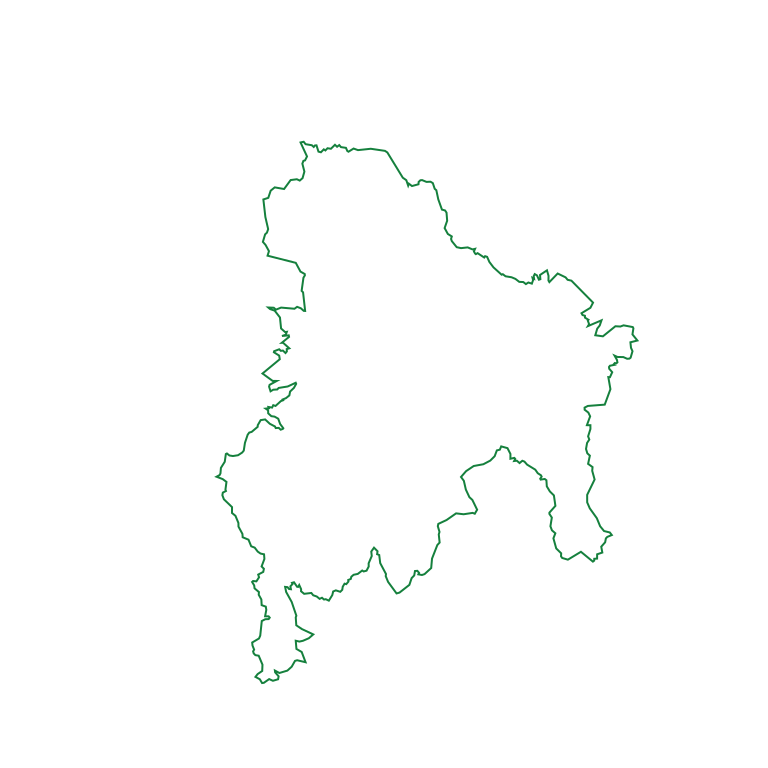 the district of Tetela de Ocampo, Puebla, Mexico, rotated 153°
{"feature_id": "50627088B39259384142241", "entity_name": "Tetela de Ocampo", "entity_type": "district", "adm_level": 2, "iso_a3": "MEX", "parent_name": "Mexico", "parent_adm1": "Puebla", "projection": "natural_earth1", "projection_center": [-97.768, 19.812], "detail": "fine", "context": "isolated", "style": "outline", "palette": "green", "viewbox_px": 768, "rotation_deg": 153, "n_neighbors": 0, "source": "geoboundaries", "source_scale": "gbopen_adm2", "svg_char_len": 6166}
<svg xmlns="http://www.w3.org/2000/svg" viewBox="0 0 768 768"><g transform="rotate(153 384 384)"><path d="M250.7,543.1L254.4,544.8L257.5,548.4L259.1,549.0L261.4,548.3L262.6,546.3L269.2,547.7L270.9,551.2L272.4,549.8L271.6,555.5L273.6,559.3L275.9,588.8L277.3,591.3L289.0,599.6L301.0,604.2L304.2,607.6L310.2,607.1L310.9,608.3L310.7,611.7L314.8,614.6L315.4,617.2L318.1,616.7L319.1,619.4L324.5,617.7L327.3,619.7L330.2,618.7L331.1,620.4L335.0,619.1L336.9,620.8L335.8,627.3L337.2,627.9L339.0,627.1L339.9,629.5L345.0,633.3L345.6,636.3L348.7,637.1L349.3,621.7L352.8,619.1L354.5,619.4L356.7,617.4L358.5,609.4L363.1,604.4L366.7,603.5L368.7,606.0L374.6,608.1L384.5,603.1L392.1,608.8L397.2,607.7L402.6,602.4L407.7,603.2L413.9,586.6L416.9,574.6L419.6,572.0L422.0,571.3L427.4,565.6L426.4,561.7L426.2,554.6L429.5,551.2L407.6,532.0L407.4,522.1L404.7,518.0L405.2,516.7L407.5,515.3L415.1,504.4L414.5,502.4L421.1,484.9L422.3,485.6L423.7,489.2L426.4,492.2L429.6,491.7L441.0,498.8L446.5,499.3L447.6,502.0L452.4,504.7L451.5,502.5L448.1,499.0L446.5,490.5L450.5,480.2L448.5,475.1L446.9,474.6L449.2,472.5L453.1,473.1L446.8,470.6L447.2,469.1L456.4,467.1L455.2,466.5L452.2,458.8L454.8,459.3L455.8,457.1L457.7,456.3L458.9,459.7L460.9,460.4L461.6,462.5L467.0,463.1L467.7,462.3L464.5,456.9L465.6,453.4L487.5,448.5L481.8,437.3L478.2,435.4L486.3,435.2L487.6,433.8L488.4,429.0L485.3,429.2L481.6,427.6L479.6,428.3L470.9,425.5L462.1,425.2L462.2,424.0L466.1,421.4L471.1,419.9L473.5,416.8L477.8,415.9L481.4,416.2L481.3,415.3L483.6,415.6L490.6,413.7L492.3,415.4L494.4,413.8L497.4,416.0L497.6,414.7L500.6,415.8L499.2,413.2L500.5,410.4L499.0,406.5L496.3,404.6L494.0,401.1L494.7,395.5L493.8,390.3L494.6,389.9L496.8,390.2L497.7,392.7L500.5,393.9L500.4,395.6L503.8,400.4L506.0,406.4L510.3,407.8L515.2,404.6L516.0,403.2L523.7,401.4L526.1,401.9L528.5,400.7L534.6,394.7L539.2,388.3L541.5,387.3L546.4,386.8L551.3,388.4L554.2,390.5L555.5,393.4L556.7,393.4L561.2,387.0L567.4,383.3L570.3,378.6L571.8,377.5L575.3,377.4L570.9,372.5L568.8,368.3L573.2,361.9L573.4,360.4L576.9,360.4L578.5,358.3L579.0,354.0L575.3,343.3L578.0,338.1L576.2,334.0L576.8,326.3L578.4,323.0L578.2,314.7L579.5,311.6L575.4,306.8L576.0,299.7L573.5,296.9L572.6,292.0L571.0,289.0L568.2,286.7L570.0,282.4L575.9,277.0L574.9,273.9L576.9,271.4L582.6,271.3L583.1,268.5L587.3,266.1L590.1,267.9L591.4,267.5L591.1,263.5L592.1,260.7L589.9,255.4L591.3,253.1L591.1,247.7L593.4,242.5L590.4,239.3L591.4,236.2L595.4,231.0L592.3,229.4L591.9,227.7L593.5,226.9L596.5,228.3L600.5,228.3L608.5,216.0L610.9,214.0L618.8,213.5L619.9,210.7L620.3,206.3L622.0,205.2L622.4,203.1L621.7,200.8L619.0,198.8L619.7,189.1L622.8,183.6L628.3,182.9L631.5,181.4L628.7,177.3L628.4,172.9L626.7,172.3L620.3,173.2L617.7,170.0L612.4,169.0L610.6,171.4L611.9,176.5L611.3,178.2L608.4,174.0L600.2,172.5L594.6,174.0L589.0,177.7L586.8,177.3L580.2,171.7L579.0,182.6L582.3,187.7L579.2,195.3L576.3,192.9L572.8,192.0L566.4,191.6L560.7,193.0L568.4,202.9L571.7,208.8L568.6,216.1L567.3,217.3L565.2,231.7L565.6,243.1L564.2,248.1L562.2,246.8L561.7,244.5L560.1,243.4L559.3,246.2L556.3,247.3L556.3,248.6L554.2,248.2L553.5,242.8L552.6,242.2L550.8,243.4L551.0,238.8L552.0,237.0L550.4,233.3L543.6,230.8L543.0,227.9L540.4,225.2L538.9,221.8L536.3,221.7L535.3,219.2L533.6,218.7L531.5,216.0L525.9,219.4L523.5,222.2L520.6,222.0L517.3,218.7L514.6,219.6L512.8,222.1L509.8,224.0L508.5,222.8L505.4,224.1L504.9,225.6L502.1,225.4L500.6,227.1L497.7,227.8L493.6,226.7L488.1,227.7L487.2,226.2L484.3,225.6L480.5,228.3L479.1,231.2L473.0,236.3L471.4,240.5L467.2,242.7L465.7,237.9L467.4,235.5L465.9,233.8L468.7,226.1L468.5,213.8L469.7,212.0L470.2,205.8L467.9,191.7L464.9,191.1L452.6,193.5L447.5,198.5L444.0,199.7L441.3,203.3L439.1,202.4L438.5,199.8L439.8,198.8L436.9,196.6L434.2,196.2L425.5,198.6L420.5,206.6L409.6,216.3L406.4,217.5L403.5,225.1L401.7,227.0L400.6,232.9L399.1,234.7L390.0,234.4L378.5,236.0L372.2,231.8L363.5,228.9L362.0,227.2L358.1,229.7L357.9,240.6L359.3,244.4L359.0,252.8L356.8,261.5L357.6,266.2L350.4,269.1L341.3,270.2L331.9,267.4L324.1,267.5L318.2,269.4L313.6,273.6L310.6,272.9L307.9,275.2L303.1,270.8L303.1,264.3L305.3,260.0L301.4,259.0L301.1,257.7L303.0,256.3L300.5,255.4L299.1,252.0L295.6,252.8L294.1,251.1L293.1,247.2L288.1,239.0L287.5,234.7L285.6,231.4L285.6,229.9L287.8,228.7L287.8,227.7L283.9,226.4L283.0,224.5L285.4,218.9L285.0,213.0L283.2,207.6L286.6,197.6L295.0,194.3L295.6,193.2L295.1,188.8L300.3,181.7L300.8,177.4L299.1,173.2L303.1,169.6L305.2,159.3L303.0,152.7L304.5,150.1L304.2,148.1L299.9,144.0L284.7,145.1L278.5,130.9L276.9,131.2L276.0,132.8L273.4,131.7L271.4,135.5L266.0,134.7L264.3,140.4L258.8,142.6L256.4,145.7L254.4,146.4L249.6,146.0L250.2,149.2L254.7,153.1L256.0,159.1L255.3,167.8L257.1,179.8L256.7,186.3L253.3,193.0L239.7,203.3L237.9,212.1L235.9,215.3L238.4,220.2L233.1,226.7L234.3,229.9L233.5,234.4L229.8,239.3L226.3,241.3L225.9,244.7L220.5,250.2L218.8,253.6L221.9,255.2L215.0,261.6L214.9,265.8L216.9,270.0L216.0,271.9L212.3,271.9L196.7,265.4L184.6,276.6L181.0,288.3L179.6,287.5L175.3,290.9L176.4,295.3L175.8,297.0L174.4,297.7L170.2,296.5L170.6,297.2L168.8,297.9L167.7,296.9L166.2,297.3L165.5,299.7L165.7,304.6L163.7,302.1L158.5,299.3L155.9,296.1L153.8,295.2L152.3,295.5L147.7,300.4L147.5,304.1L145.5,309.3L138.5,307.7L140.1,315.4L136.5,320.4L136.5,321.8L143.9,327.5L147.3,327.9L151.6,330.4L167.3,327.1L173.6,331.5L168.9,336.5L165.2,338.2L161.3,342.0L176.0,343.0L174.1,344.2L173.6,348.1L172.7,348.4L174.8,351.9L174.0,353.6L175.8,355.3L175.9,357.4L165.5,358.2L160.8,361.6L170.1,391.0L173.1,393.5L173.8,396.6L179.1,403.6L190.4,399.7L190.5,401.5L188.3,405.7L187.2,411.3L195.5,410.3L197.1,406.4L198.6,406.6L198.4,411.3L199.8,413.5L201.7,412.1L202.5,409.6L203.5,411.1L204.0,408.9L206.7,406.3L209.3,408.9L212.2,408.6L213.6,411.6L217.1,413.6L219.2,418.0L221.9,421.2L226.8,424.8L228.3,427.9L229.6,428.0L233.5,438.2L234.7,444.9L234.4,450.5L235.9,452.0L237.3,451.2L241.2,458.1L243.2,458.0L243.6,458.9L243.7,461.3L241.5,463.1L244.0,463.7L247.4,467.7L253.7,470.1L257.1,472.9L258.7,480.5L258.4,482.8L256.6,484.7L259.0,488.7L259.2,495.4L253.6,500.8L250.5,508.3L250.8,510.9L253.2,513.1L251.8,523.9L249.4,532.9L250.2,534.9L249.3,540.8L250.7,543.1Z" fill="none" stroke="#15803d" stroke-width="2"/></g></svg>